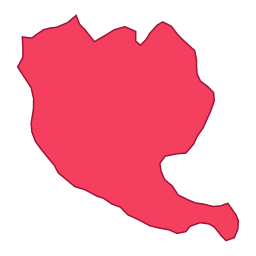 the district of Stylloi, Cyprus
{"feature_id": "46923920B22969958505776", "entity_name": "Stylloi", "entity_type": "district", "adm_level": 2, "iso_a3": "CYP", "parent_name": "Cyprus", "parent_adm1": "", "projection": "natural_earth1", "projection_center": [33.836, 35.162], "detail": "fine", "context": "isolated", "style": "filled", "palette": "rose", "viewbox_px": 256, "rotation_deg": 0, "n_neighbors": 0, "source": "geoboundaries", "source_scale": "gbopen_adm2", "svg_char_len": 1155}
<svg xmlns="http://www.w3.org/2000/svg" viewBox="0 0 256 256"><path d="M76.1,15.4L67.8,22.5L56.6,27.3L50.7,27.9L43.6,29.7L36.5,34.5L31.8,38.1L22.3,36.9L22.9,47.1L22.9,57.3L17.6,66.9L23.5,75.9L31.2,87.8L33.6,98.6L33.5,108.8L31.2,123.2L31.8,131.6L35.3,141.2L41.8,150.1L47.7,157.3L54.2,165.1L58.3,172.9L64.8,178.3L74.9,186.7L84.9,189.7L97.3,196.3L103.2,198.1L112.1,204.1L120.3,207.1L128.0,214.9L138.6,219.7L149.8,225.7L159.3,228.1L169.3,229.9L177.0,233.4L185.8,231.6L190.0,226.3L200.0,222.7L208.9,223.9L214.2,226.9L221.3,235.8L226.0,240.6L234.3,237.6L237.8,229.3L238.4,220.9L236.0,214.9L227.8,203.3L220.7,205.9L213.0,206.5L203.6,204.1L195.3,202.9L188.2,199.9L178.2,195.1L172.3,186.1L164.6,179.5L161.0,171.1L159.9,163.3L165.2,156.1L177.6,153.7L185.8,153.1L193.5,144.2L197.1,136.4L203.0,128.0L207.1,119.0L210.6,111.2L214.2,101.0L213.6,92.6L207.7,86.6L200.6,81.3L197.1,74.1L196.5,66.3L196.5,59.7L194.7,50.7L188.8,45.3L183.5,40.5L177.6,34.5L171.1,26.1L162.8,21.9L157.5,24.9L149.8,33.3L146.3,39.3L140.4,45.3L135.7,41.1L135.7,31.5L125.0,26.7L114.4,29.7L106.7,34.5L94.4,41.7L84.9,29.7L79.6,24.3L76.1,15.4Z" fill="#f43f5e" stroke="#9f1239" stroke-width="1.5"/></svg>